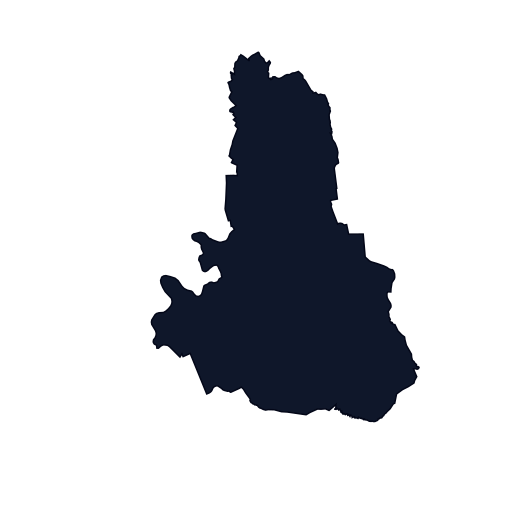 the district of Sacalaseni, Maramures, Romania, rotated 251°
{"feature_id": "2599482B62680396283899", "entity_name": "Sacalaseni", "entity_type": "district", "adm_level": 2, "iso_a3": "ROU", "parent_name": "Romania", "parent_adm1": "Maramures", "projection": "natural_earth1", "projection_center": [23.568, 47.575], "detail": "fine", "context": "isolated", "style": "filled", "palette": "ink", "viewbox_px": 512, "rotation_deg": 251, "n_neighbors": 0, "source": "geoboundaries", "source_scale": "gbopen_adm2", "svg_char_len": 6062}
<svg xmlns="http://www.w3.org/2000/svg" viewBox="0 0 512 512"><g transform="rotate(251 256 256)"><path d="M376.4,374.1L378.5,373.7L381.6,373.9L385.9,373.3L386.5,371.9L388.1,369.5L388.0,367.7L389.3,366.6L391.2,365.8L391.3,363.0L391.9,362.9L392.7,363.3L394.9,361.9L405.1,359.9L406.8,359.3L408.3,358.2L411.1,358.9L412.5,358.5L416.7,356.2L416.6,352.3L417.1,350.2L417.0,348.8L416.5,347.1L417.4,344.3L417.3,342.4L416.3,338.4L416.2,336.2L416.5,335.1L417.7,333.4L419.3,332.3L419.9,330.3L419.6,330.0L418.7,329.9L418.4,329.0L417.9,328.7L418.0,327.3L418.7,327.1L419.3,327.7L419.3,326.7L420.6,325.8L424.7,327.5L425.5,327.0L426.7,327.0L427.8,328.2L430.2,329.0L431.9,330.2L433.6,332.2L434.4,332.6L436.2,332.0L435.2,330.2L434.9,328.4L437.4,327.4L439.7,327.5L444.1,325.1L447.4,324.9L447.9,324.5L447.9,324.0L447.1,320.1L447.0,318.5L446.5,316.7L445.1,313.4L443.1,313.2L443.2,312.8L449.1,309.0L451.2,307.2L450.6,306.6L450.2,305.0L448.9,304.3L446.5,302.0L445.9,299.9L444.9,298.8L441.4,297.4L440.4,296.1L437.2,295.8L436.0,295.0L434.8,294.8L438.2,292.0L438.0,291.8L437.0,291.5L435.6,292.5L435.1,292.4L435.2,291.5L432.1,290.7L430.4,291.1L430.3,290.6L429.6,289.9L429.4,289.2L429.3,286.5L429.0,286.0L426.2,286.4L426.1,286.2L423.9,285.9L420.6,285.8L419.1,286.6L414.9,282.4L414.3,282.2L410.9,283.1L404.7,286.2L403.6,282.8L403.9,282.6L403.2,279.8L402.5,278.8L401.3,278.4L400.7,278.7L399.9,280.5L399.4,280.4L399.5,281.4L397.6,281.5L397.1,280.3L393.6,282.0L392.2,279.0L388.6,281.1L386.2,278.7L382.6,280.4L372.3,271.6L369.1,269.8L364.7,266.4L359.8,263.7L359.4,263.1L356.4,264.6L354.8,265.8L352.3,263.2L352.0,263.4L348.0,267.7L341.7,265.1L341.5,265.5L338.0,264.5L339.5,261.0L341.7,254.0L334.6,251.9L319.5,246.0L310.8,242.2L309.3,241.9L298.3,241.4L298.0,243.3L292.1,242.2L291.9,243.3L288.1,244.3L286.9,241.1L285.4,238.5L281.8,235.4L280.4,233.4L280.1,232.5L280.3,227.8L280.7,226.2L281.7,224.6L285.6,219.9L287.2,218.7L287.8,217.5L293.7,215.1L294.4,214.5L296.4,211.4L296.6,210.8L296.9,206.0L297.2,204.6L296.8,202.9L296.3,202.2L295.0,201.7L293.5,201.5L292.0,202.0L290.3,203.1L289.2,204.7L287.4,206.4L284.4,207.9L282.2,207.1L280.2,206.9L276.2,207.4L275.1,206.9L274.4,205.6L274.3,202.9L273.0,201.7L271.2,200.7L270.2,200.6L268.8,201.1L267.5,201.2L260.0,200.7L258.8,201.4L257.8,202.7L257.8,204.3L258.3,206.1L259.3,208.0L260.6,211.8L260.8,213.2L260.3,215.9L258.5,216.8L256.6,216.8L252.6,217.4L250.7,217.4L248.5,216.9L247.3,217.0L246.8,216.3L246.3,213.8L244.1,211.4L244.1,208.9L244.3,207.3L245.7,205.6L246.1,203.8L245.8,202.5L245.2,201.2L245.0,197.9L244.6,197.0L239.7,193.8L237.5,192.1L236.6,190.4L236.5,188.2L237.7,186.2L240.5,184.9L242.6,184.3L243.8,183.5L246.0,180.0L248.7,177.4L251.4,176.1L258.1,174.3L261.4,172.2L264.4,168.2L266.8,164.4L267.2,162.1L266.7,160.0L264.1,157.9L261.3,157.3L256.7,157.6L251.9,158.5L243.4,162.3L240.6,161.9L238.7,161.1L236.6,159.3L234.6,156.1L233.2,152.8L232.7,150.2L233.9,145.8L234.0,143.2L233.3,141.4L229.5,136.7L227.6,135.6L225.2,135.2L218.1,136.7L215.6,136.6L213.5,135.7L211.5,134.0L210.2,131.9L208.6,131.0L207.5,130.8L205.8,131.2L204.1,132.9L201.1,132.3L200.6,133.8L201.8,136.6L202.2,138.8L202.0,140.0L200.4,143.3L198.5,144.7L185.2,151.2L187.6,154.1L184.6,154.3L185.3,162.1L141.6,164.5L141.8,167.3L142.3,169.0L143.1,170.3L145.2,172.3L145.8,173.4L146.1,174.4L146.2,176.1L145.6,177.6L141.8,180.5L140.5,181.0L139.3,182.2L137.3,185.2L137.1,186.6L135.6,187.4L135.4,187.9L136.3,197.3L136.8,199.4L134.2,200.8L130.0,201.7L122.6,204.0L121.2,203.2L119.1,203.6L118.7,204.1L117.1,205.0L116.9,205.6L115.7,206.3L115.4,207.5L114.9,207.6L114.3,208.6L112.1,209.4L110.8,210.4L110.6,211.0L108.6,212.9L107.2,214.9L106.8,217.5L104.7,223.2L100.5,229.4L98.3,234.8L89.6,251.7L90.5,256.1L91.3,264.3L90.0,267.6L88.9,271.9L86.2,274.8L89.4,282.9L88.9,282.5L88.2,282.8L86.6,282.1L85.9,281.7L85.9,281.0L85.5,280.7L84.9,281.8L85.2,282.5L85.0,283.0L85.3,283.2L84.4,283.7L84.3,284.4L83.6,284.2L83.8,285.4L81.9,285.5L81.7,286.3L81.2,285.7L80.5,285.5L80.2,285.8L80.1,286.8L79.2,286.9L79.0,286.5L78.4,286.6L78.1,287.1L78.1,288.5L77.3,288.5L76.9,288.8L76.9,289.5L77.3,290.2L76.6,290.9L76.7,291.4L76.2,291.6L76.0,291.0L75.5,290.9L75.6,292.0L74.0,292.5L74.4,292.7L74.2,293.1L74.9,293.4L74.7,293.9L74.2,293.8L73.3,294.6L72.1,294.4L72.3,294.8L72.0,295.3L72.2,296.0L72.1,296.6L70.9,296.5L70.5,297.3L70.8,297.8L69.8,298.8L69.8,299.3L69.2,299.6L69.7,300.4L70.2,300.2L70.3,300.5L69.2,301.2L68.4,302.2L68.4,302.9L67.5,303.3L67.1,304.4L66.4,304.4L66.6,305.3L65.8,305.5L65.7,306.2L65.2,306.5L64.7,307.7L62.9,309.3L62.1,311.1L62.0,312.2L61.3,313.0L60.8,314.5L61.0,317.2L61.4,318.0L62.1,318.5L61.9,319.3L62.4,319.9L62.1,322.2L63.3,323.8L63.5,324.7L64.8,326.1L65.1,327.5L66.3,329.5L67.9,333.1L71.2,337.3L71.6,338.1L71.6,339.2L79.8,344.0L82.0,351.1L82.9,357.5L84.5,364.0L86.6,365.4L89.6,368.7L98.0,368.1L97.3,370.5L96.5,371.4L96.5,371.8L96.6,373.0L97.7,373.9L98.8,373.1L99.5,371.8L100.3,371.8L101.2,372.4L103.0,371.3L104.8,371.0L106.5,369.9L109.6,370.2L112.6,371.0L122.6,369.1L127.9,369.5L131.1,370.1L134.0,368.1L139.0,365.8L145.9,365.0L146.1,364.4L148.0,362.5L148.0,363.1L148.4,363.2L149.3,362.7L149.3,361.8L151.2,361.4L152.4,362.3L155.4,361.9L157.6,362.7L160.4,362.9L163.8,367.0L165.5,367.6L167.3,367.7L171.8,366.7L174.2,366.5L176.6,367.1L178.3,367.8L179.1,368.7L179.0,369.6L178.1,371.8L181.3,373.1L186.6,375.9L189.3,379.4L190.8,380.3L193.9,381.2L197.2,381.1L198.6,380.6L199.1,379.3L200.5,377.5L202.7,376.0L205.0,373.6L209.5,367.9L213.0,363.0L214.5,361.6L219.5,358.9L241.8,364.5L246.5,350.7L256.2,351.9L256.6,349.4L258.7,347.9L259.6,346.3L259.9,344.6L259.6,343.6L273.3,343.1L278.3,343.1L280.3,344.3L282.7,344.1L284.1,344.5L284.3,344.7L283.4,351.5L293.5,353.6L293.6,354.4L313.3,358.5L314.4,359.1L316.0,360.7L316.6,361.8L316.9,363.9L317.3,364.4L320.8,365.0L322.4,364.8L327.1,367.1L331.4,367.7L336.9,367.5L341.5,366.2L344.5,366.7L347.5,366.3L347.9,366.3L347.1,367.4L348.8,368.3L349.7,368.0L351.4,368.8L353.5,368.5L356.7,368.9L357.8,369.6L360.3,370.1L360.9,369.8L365.8,371.1L368.8,373.5L370.1,373.5L372.2,374.2L374.3,373.3L375.0,373.6L375.8,373.2L376.4,374.1Z" fill="#0f172a" stroke="#020617" stroke-width="1.5"/></g></svg>